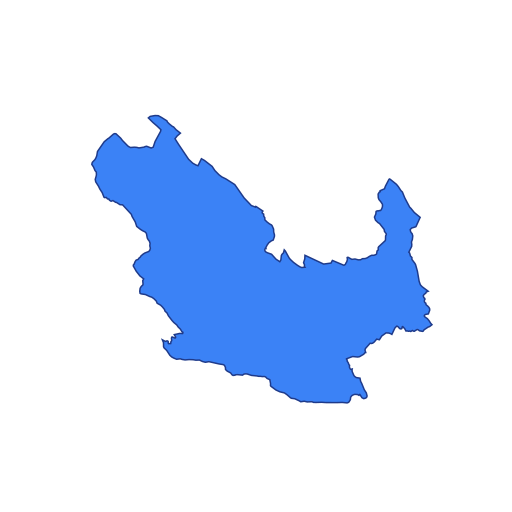 Briceño, Boyacá, Colombia, rotated 296°
{"feature_id": "7082276B11306112242915", "entity_name": "Briceño", "entity_type": "district", "adm_level": 2, "iso_a3": "COL", "parent_name": "Colombia", "parent_adm1": "Boyacá", "projection": "natural_earth1", "projection_center": [-73.909, 5.679], "detail": "fine", "context": "isolated", "style": "filled", "palette": "blue", "viewbox_px": 512, "rotation_deg": 296, "n_neighbors": 0, "source": "geoboundaries", "source_scale": "gbopen_adm2", "svg_char_len": 6134}
<svg xmlns="http://www.w3.org/2000/svg" viewBox="0 0 512 512"><g transform="rotate(296 256 256)"><path d="M271.4,444.3L272.1,442.5L273.6,440.1L274.8,437.5L275.2,434.9L275.6,433.8L276.0,433.5L276.7,433.4L277.8,434.0L279.5,436.3L283.4,435.9L284.6,435.3L285.6,434.0L286.3,432.2L286.7,430.4L287.2,429.8L288.0,429.4L288.2,428.2L288.7,427.4L290.2,426.7L291.2,426.8L291.6,426.2L291.9,426.2L292.2,425.0L293.5,423.8L295.1,423.9L297.0,424.9L298.3,424.8L299.8,426.2L301.2,418.9L301.9,416.9L302.5,416.0L304.8,413.7L313.0,407.8L318.1,403.3L319.0,402.1L321.3,397.6L323.0,396.8L323.7,394.8L326.0,392.8L326.4,391.7L332.9,391.7L335.0,390.8L335.8,390.1L337.2,389.5L339.4,389.3L342.8,388.1L344.6,386.4L345.0,385.2L345.9,384.1L347.3,383.0L349.3,383.6L352.3,386.8L352.9,386.9L362.7,386.6L364.5,379.2L366.8,374.2L367.2,372.8L373.4,364.3L377.7,359.5L378.3,357.6L380.8,353.4L382.0,350.8L383.8,342.9L383.7,342.1L382.9,341.9L375.5,341.7L372.7,342.0L369.2,339.0L368.9,338.9L368.3,339.5L367.4,338.8L365.2,338.6L361.9,340.4L360.6,341.8L359.5,344.3L358.1,346.7L357.4,347.3L355.5,348.1L353.3,348.3L351.7,348.1L351.3,347.8L350.9,346.9L350.1,346.1L349.7,345.1L348.7,344.4L346.2,345.3L342.9,345.4L340.6,347.7L339.5,351.0L339.3,352.9L336.1,359.5L334.4,360.7L333.1,363.3L332.3,363.7L330.8,363.7L327.3,365.3L326.4,365.4L318.1,362.2L316.9,362.2L315.2,363.2L313.6,362.6L310.7,363.5L310.0,363.2L308.4,361.8L307.3,359.6L305.4,358.1L303.2,356.8L301.6,355.3L300.2,352.8L298.5,351.7L297.4,349.7L296.7,346.3L295.0,343.6L295.2,339.3L294.8,338.7L294.4,338.6L293.2,339.6L290.6,340.1L288.8,339.9L287.6,340.0L286.2,339.1L285.5,326.6L282.5,326.5L278.4,320.3L278.1,299.7L274.8,301.1L270.8,301.7L269.4,303.4L267.8,304.1L267.4,304.9L265.7,302.2L265.5,300.6L265.8,297.4L266.7,292.5L268.0,288.3L268.8,286.6L273.3,280.2L273.9,278.7L270.9,279.3L268.8,278.6L267.5,278.6L263.3,280.1L261.3,279.9L261.9,275.4L264.4,269.2L263.9,264.7L264.0,262.8L264.5,261.9L265.3,261.2L267.2,261.0L267.4,261.1L267.4,261.4L267.6,261.2L270.5,261.2L273.5,261.7L276.4,263.2L277.9,264.5L281.6,264.0L283.0,263.4L285.3,261.4L287.9,260.0L290.2,257.3L290.7,256.3L290.8,254.0L291.4,251.1L292.4,248.1L294.3,247.1L295.1,245.6L297.0,244.5L297.2,243.1L297.6,242.6L298.2,242.3L299.4,242.5L300.5,234.5L300.4,234.0L299.7,234.1L299.3,229.7L303.0,219.8L310.9,205.6L312.1,195.1L312.1,190.7L312.8,187.1L314.8,181.5L317.3,177.3L319.3,167.8L319.5,164.3L311.7,164.3L311.5,161.9L311.7,158.4L313.4,153.0L322.5,137.3L325.9,131.8L329.3,132.5L333.3,134.2L334.5,128.7L335.9,125.3L335.8,124.2L336.7,120.2L337.6,117.6L338.4,116.8L339.1,110.5L339.3,106.7L338.0,103.7L335.1,99.7L332.9,98.7L330.8,104.9L329.4,110.2L327.8,115.2L326.0,115.6L314.8,115.1L308.7,115.9L307.1,114.4L306.7,109.6L305.7,108.3L304.9,107.8L301.8,103.4L301.4,101.3L300.5,99.0L298.5,95.6L298.5,94.1L298.7,92.6L301.3,85.3L302.6,82.7L304.5,76.5L303.9,75.1L303.0,74.4L297.5,72.1L296.4,71.4L292.2,69.5L280.5,67.7L276.4,68.9L274.2,69.1L272.1,69.0L268.7,67.9L267.7,67.9L266.3,68.3L264.8,70.9L262.2,73.9L261.4,75.7L259.2,76.9L257.9,77.3L254.4,77.9L252.4,79.4L249.7,83.8L247.8,86.2L245.5,90.0L242.2,93.6L242.1,94.3L243.0,95.8L242.2,97.5L242.7,98.8L241.9,99.8L241.7,101.5L241.9,102.0L243.1,103.1L242.7,106.3L243.0,107.1L242.5,111.2L243.5,113.7L238.8,125.7L237.2,127.3L233.7,132.5L230.3,135.8L229.3,140.3L229.0,142.9L229.0,145.8L228.4,147.3L228.0,147.8L224.5,150.4L223.4,151.9L222.6,153.6L221.0,155.2L218.6,156.1L216.6,157.7L214.6,158.0L213.0,157.6L210.0,154.8L208.2,153.7L205.7,152.6L204.1,152.4L202.7,151.7L201.2,151.5L199.8,150.1L198.1,149.8L195.0,150.0L194.2,149.7L193.2,150.1L189.7,155.2L187.2,160.4L186.2,165.1L184.2,165.0L181.4,166.7L180.5,167.0L178.3,166.2L176.2,166.0L173.3,167.0L171.6,168.2L171.6,169.3L172.9,173.5L173.0,178.3L173.3,180.3L172.9,182.9L171.8,186.1L170.2,187.9L170.0,191.8L169.2,194.2L167.8,197.2L166.6,198.3L165.7,201.1L163.9,203.4L161.2,208.8L160.2,211.3L159.3,215.0L158.0,217.3L157.2,219.9L155.5,222.6L155.5,223.5L154.9,224.0L154.1,224.0L153.0,221.4L149.5,217.0L148.0,219.2L147.4,219.5L146.7,219.2L146.5,216.1L146.0,215.8L144.7,216.2L143.3,217.2L142.6,217.3L141.7,217.1L139.9,217.7L138.9,215.9L139.1,215.4L140.7,214.5L140.9,213.9L140.7,213.2L139.8,212.3L139.5,211.7L139.6,208.6L137.6,210.8L133.9,212.7L133.1,213.7L132.0,217.1L129.0,222.1L128.3,224.5L128.2,226.8L128.4,229.9L130.4,233.0L130.6,234.8L131.5,237.8L133.6,241.3L135.2,244.9L136.0,247.6L137.7,250.8L137.7,254.1L138.3,257.1L140.4,260.0L142.7,269.8L144.0,274.1L144.1,274.7L143.6,276.0L142.3,277.5L140.8,278.2L140.3,279.2L139.9,280.7L139.8,284.4L138.7,286.6L138.6,287.7L138.9,288.3L139.3,288.5L139.5,289.3L140.2,289.6L141.2,291.2L143.0,296.1L144.6,297.0L145.4,298.1L146.1,299.8L146.7,304.3L148.6,309.4L149.0,311.1L149.8,312.7L150.4,314.6L151.3,316.2L151.5,317.2L151.4,318.0L150.8,319.6L150.9,322.6L147.9,324.9L145.8,325.9L145.4,326.7L144.3,332.7L144.4,337.0L145.4,341.6L144.9,344.7L143.7,349.1L143.6,350.1L144.7,353.4L144.8,358.4L144.6,360.1L146.6,363.0L147.3,366.0L149.3,369.7L149.6,370.5L149.6,371.7L150.6,374.0L153.3,379.1L154.7,382.6L159.5,392.6L162.2,397.7L163.9,402.3L165.1,403.4L166.0,403.6L168.2,403.8L170.5,403.0L171.4,403.1L172.8,403.5L174.2,404.6L175.0,405.5L176.0,408.0L175.9,409.6L176.9,409.7L177.1,410.0L175.1,413.3L175.0,415.3L175.7,416.2L176.7,417.1L177.7,417.4L178.9,417.2L181.3,415.2L183.3,411.9L187.7,407.0L189.2,405.0L191.8,403.0L190.7,399.4L190.9,397.9L191.4,396.5L194.3,393.1L195.8,392.2L196.6,392.0L195.6,390.8L196.0,389.9L197.2,388.6L198.8,388.0L199.1,387.1L200.4,385.8L201.5,384.0L202.5,383.5L202.8,382.7L203.3,382.4L208.0,386.9L209.8,391.7L210.9,393.2L215.0,395.9L216.6,396.2L217.3,397.0L219.2,395.2L220.7,394.9L227.6,396.8L227.9,398.0L228.8,399.1L230.6,400.0L234.2,400.9L234.8,403.6L239.2,404.1L243.9,406.6L245.0,409.2L245.2,410.8L245.1,412.5L252.2,412.4L254.6,413.2L254.8,413.7L254.7,414.7L253.8,416.8L253.8,417.7L254.1,418.4L254.8,418.9L256.2,418.5L256.6,418.5L256.9,418.8L255.8,421.6L254.3,423.7L254.9,424.6L255.2,426.1L255.9,427.0L256.0,428.2L257.6,429.2L257.5,430.6L257.8,431.3L260.4,432.9L260.7,433.4L260.8,434.3L260.4,435.7L261.3,438.8L261.8,439.2L263.3,439.4L264.7,440.2L267.6,441.9L268.7,443.0L271.4,444.3Z" fill="#3b82f6" stroke="#1e3a8a" stroke-width="1.5"/></g></svg>